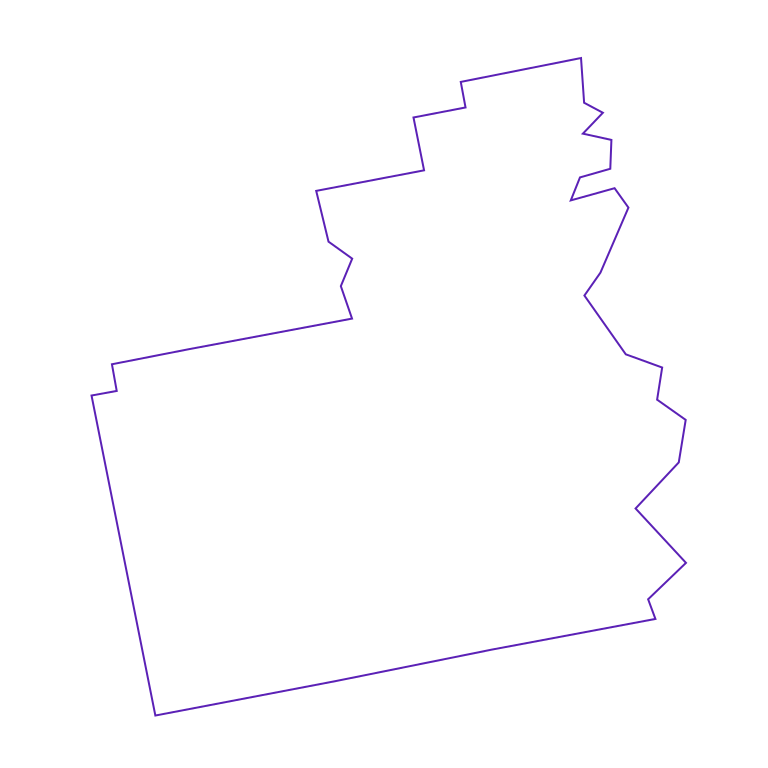 outline of Pike, Indiana, United States of America, rotated 79°
{"feature_id": "52423323B70225579188436", "entity_name": "Pike", "entity_type": "district", "adm_level": 2, "iso_a3": "USA", "parent_name": "United States of America", "parent_adm1": "Indiana", "projection": "natural_earth1", "projection_center": [-87.305, 38.392], "detail": "fine", "context": "isolated", "style": "outline", "palette": "violet", "viewbox_px": 768, "rotation_deg": 79, "n_neighbors": 0, "source": "geoboundaries", "source_scale": "gbopen_adm2", "svg_char_len": 620}
<svg xmlns="http://www.w3.org/2000/svg" viewBox="0 0 768 768"><g transform="rotate(79 384 384)"><path d="M101.6,128.4L102.1,251.0L128.1,251.2L128.0,304.2L181.9,303.9L181.5,413.7L233.7,411.3L254.9,391.3L279.7,407.7L313.7,402.9L312.6,568.4L312.7,647.3L339.8,647.7L339.5,673.3L665.8,671.7L666.4,487.4L665.3,329.1L666.4,162.4L645.7,165.8L617.2,121.7L554.2,160.8L517.2,109.6L476.8,94.7L451.5,118.9L420.9,107.8L401.0,141.0L335.4,170.4L316.0,150.3L257.5,110.4L235.8,120.3L239.4,165.6L218.6,152.2L215.9,120.8L187.8,114.2L176.2,141.0L159.5,117.4L146.1,133.9L101.6,128.4Z" fill="none" stroke="#5b21b6" stroke-width="2"/></g></svg>